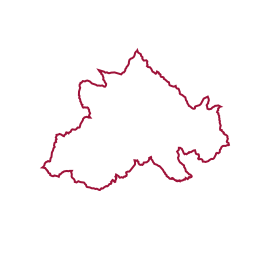 Huamanga, Ayacucho, Peru (Natural Earth projection), rotated 339°
{"feature_id": "86281439B20433553011992", "entity_name": "Huamanga", "entity_type": "district", "adm_level": 2, "iso_a3": "PER", "parent_name": "Peru", "parent_adm1": "Ayacucho", "projection": "natural_earth1", "projection_center": [-74.211, -13.262], "detail": "fine", "context": "isolated", "style": "outline", "palette": "rose", "viewbox_px": 256, "rotation_deg": 339, "n_neighbors": 0, "source": "geoboundaries", "source_scale": "gbopen_adm2", "svg_char_len": 5881}
<svg xmlns="http://www.w3.org/2000/svg" viewBox="0 0 256 256"><g transform="rotate(339 128 128)"><path d="M33.9,134.2L35.1,134.8L35.5,135.4L36.4,135.7L36.9,137.8L37.3,138.3L37.3,139.2L37.8,139.8L37.6,140.7L37.8,141.7L38.9,142.6L38.9,143.2L38.5,144.1L40.1,145.8L41.4,146.3L42.2,145.9L45.4,148.1L45.9,148.7L47.5,146.7L48.3,147.0L51.0,145.8L51.5,146.0L52.8,145.6L55.6,146.2L56.8,147.0L58.2,147.1L60.2,147.9L59.1,148.9L59.0,150.9L58.0,153.0L58.0,154.1L59.3,156.6L59.4,158.2L59.0,159.3L60.5,160.4L62.6,159.9L64.1,161.4L67.3,163.1L67.6,163.6L67.8,164.9L68.4,165.9L68.3,167.8L68.7,168.5L71.1,169.8L72.7,171.4L74.4,172.0L75.8,173.3L77.1,173.5L78.9,175.5L79.5,175.8L81.4,174.8L81.6,175.2L83.2,175.4L84.5,174.8L86.9,174.4L87.5,175.0L88.8,174.8L90.5,173.7L92.1,174.0L92.8,173.3L92.8,172.4L93.3,172.4L93.9,171.6L95.0,171.0L95.6,171.8L95.6,172.3L96.3,173.7L96.8,173.7L97.6,172.2L98.4,171.6L98.7,170.8L99.3,170.5L99.4,170.1L98.9,169.5L98.8,168.9L100.0,168.4L99.9,167.6L100.2,167.2L102.0,169.6L102.1,170.4L102.6,171.5L104.4,171.6L105.5,172.6L107.0,172.0L107.9,172.4L108.4,172.0L109.3,172.2L110.2,171.0L110.2,169.1L110.5,168.7L112.1,168.6L113.4,169.1L114.2,168.9L121.4,164.6L122.2,162.9L122.5,160.5L123.7,161.1L124.0,161.6L125.1,161.6L125.1,162.4L125.6,163.4L125.2,163.9L125.3,165.3L125.7,166.3L126.8,167.1L127.6,167.0L128.2,167.6L129.4,167.1L130.3,165.9L133.2,166.7L135.4,166.0L136.9,164.4L137.0,163.6L139.1,163.3L139.1,163.7L138.4,165.1L139.2,167.0L139.2,168.7L139.7,170.1L139.7,170.9L141.8,172.7L143.0,174.5L143.7,174.8L144.2,175.9L145.6,179.6L145.9,182.3L146.3,182.6L146.5,183.5L146.2,184.0L147.1,185.7L146.8,186.7L147.3,187.2L147.4,187.8L148.0,188.2L148.7,190.2L149.9,190.9L150.5,190.6L150.8,191.1L151.4,190.8L151.7,191.4L152.0,191.2L153.1,193.4L154.0,194.0L154.2,194.3L154.1,194.7L154.7,195.2L155.1,194.8L156.0,195.5L156.4,195.3L156.8,195.7L157.2,195.5L157.5,196.2L157.9,195.8L158.8,196.3L160.4,196.5L161.0,196.3L161.4,196.4L161.6,196.1L162.6,196.1L162.8,196.4L163.6,195.7L164.0,195.8L164.1,195.5L165.4,197.1L166.2,196.7L166.8,196.0L167.5,196.3L167.7,195.8L168.0,195.9L168.3,196.4L169.6,196.5L170.1,196.1L170.2,195.6L169.6,194.0L168.4,193.1L168.1,192.0L167.3,190.6L167.2,189.9L166.5,189.3L166.5,188.6L166.9,187.2L166.7,186.2L166.8,185.8L166.4,184.8L166.9,183.0L166.0,181.8L164.9,179.6L164.4,179.1L164.0,177.6L163.8,175.1L164.1,173.5L165.1,172.7L165.9,171.0L165.4,167.6L167.6,166.6L168.4,164.7L169.8,165.3L170.3,166.3L170.8,166.7L170.7,167.6L171.0,168.5L171.0,171.2L171.4,172.7L172.6,172.7L173.3,173.5L174.8,173.0L175.7,173.1L175.8,172.7L176.3,172.4L178.2,173.1L181.0,172.5L182.6,172.8L182.2,176.3L183.3,177.5L184.4,177.8L184.5,178.1L184.0,180.5L182.6,181.5L182.6,182.1L183.0,182.7L184.4,182.9L185.5,183.5L186.0,184.3L185.8,186.2L187.1,186.7L188.2,187.5L191.2,187.7L192.2,187.2L194.7,186.7L195.9,187.3L196.7,187.3L197.7,186.8L200.6,184.2L201.1,183.3L202.2,183.1L203.2,184.0L204.9,183.5L206.0,181.3L207.1,180.8L208.2,179.5L209.8,178.8L211.1,179.0L212.6,179.7L214.7,179.6L215.8,180.1L216.2,180.0L216.4,177.8L215.4,176.9L215.4,176.0L217.4,173.8L217.3,172.5L217.8,171.7L217.8,170.9L216.7,169.1L216.0,168.7L215.3,167.4L215.3,167.1L215.8,166.6L214.4,164.2L214.7,163.5L213.5,162.9L213.6,161.9L214.6,159.9L215.4,159.1L215.5,155.9L216.3,154.4L216.1,153.1L216.7,152.3L216.9,150.6L217.5,149.3L217.2,147.6L217.7,146.7L216.8,145.1L217.6,144.2L218.6,143.8L218.9,142.5L219.3,142.0L220.2,141.8L221.1,141.1L222.1,141.2L220.4,139.3L218.0,138.8L217.3,138.5L216.3,138.9L215.3,138.9L213.9,139.2L212.7,139.9L210.3,139.6L209.1,138.5L209.6,136.0L209.6,134.9L211.8,133.5L212.0,132.7L213.3,131.3L213.7,129.9L213.7,127.3L209.2,127.7L204.6,131.7L203.0,132.3L198.7,132.0L198.2,132.2L197.7,133.4L197.1,133.8L195.8,133.4L194.7,132.0L193.9,130.3L192.7,129.1L192.8,128.0L192.3,126.2L192.6,124.4L192.1,122.9L192.5,119.9L191.6,118.7L190.5,116.7L188.9,115.1L188.7,114.3L189.2,113.1L189.3,109.8L189.2,109.4L188.1,108.9L187.6,108.1L187.4,107.1L187.6,105.8L185.8,105.9L184.8,105.3L182.3,103.1L182.1,102.6L182.6,100.1L182.4,99.7L181.6,99.2L180.0,96.0L179.1,95.0L179.4,93.7L178.8,92.9L177.7,92.4L177.1,91.9L177.0,90.8L177.5,89.8L177.1,89.0L176.4,88.5L176.6,87.3L176.4,87.0L175.3,85.7L174.1,87.2L173.2,87.2L172.5,85.8L171.1,84.1L170.9,81.1L170.3,79.2L168.6,78.3L167.9,77.0L168.9,76.2L168.8,75.3L169.1,74.1L169.9,72.7L169.4,71.4L166.9,70.7L166.7,70.3L166.2,68.4L166.9,67.1L166.1,65.4L166.4,63.7L164.5,61.2L164.5,58.9L164.0,59.4L162.8,59.6L161.6,60.4L160.0,62.7L158.7,63.8L157.0,64.3L155.3,64.3L153.7,65.0L152.4,66.9L152.0,68.0L151.1,69.0L149.9,69.9L148.7,70.4L147.7,71.5L146.6,72.1L145.9,73.5L144.1,74.6L143.5,74.4L142.3,74.7L140.9,75.5L135.4,71.3L132.2,70.3L130.1,70.1L129.3,69.7L128.3,68.5L126.6,68.2L125.8,66.8L121.4,63.4L121.9,65.5L122.7,66.5L122.8,67.1L122.4,67.7L123.2,69.1L123.1,72.3L122.2,73.9L122.8,75.1L122.9,76.2L122.8,76.8L123.4,79.0L122.7,80.3L121.5,81.2L120.6,80.9L119.3,79.1L117.2,78.6L116.3,78.0L114.5,77.4L113.5,76.1L110.3,73.5L109.0,70.8L107.2,69.2L105.9,68.9L104.6,69.1L102.6,68.0L100.9,69.0L99.9,68.8L99.6,69.5L98.5,70.0L97.8,71.5L97.8,73.3L95.4,76.3L93.9,79.8L94.2,80.3L94.1,80.9L93.2,82.5L93.6,83.4L93.4,85.2L93.0,86.0L93.4,87.1L93.1,89.1L93.8,90.0L93.2,90.6L93.3,92.6L93.6,93.0L95.0,93.2L96.3,94.0L97.4,94.2L98.0,95.1L97.9,96.2L98.2,97.0L97.7,98.6L97.9,100.7L96.8,101.6L95.9,102.8L96.5,104.8L95.0,104.2L93.6,102.8L91.2,102.5L89.2,103.5L88.7,104.5L85.1,107.3L83.1,110.1L82.3,110.1L81.1,109.5L79.4,110.5L78.1,110.7L75.5,109.3L74.4,109.7L73.3,110.8L72.8,111.1L71.6,111.0L70.6,111.8L69.3,110.2L68.8,110.0L68.2,110.5L67.7,111.5L66.2,111.7L65.3,112.7L64.8,112.4L63.3,110.2L61.9,109.0L60.7,109.2L58.8,108.8L58.4,110.0L57.2,110.9L57.3,112.9L56.2,113.4L55.9,115.3L54.4,115.4L53.9,115.8L52.6,118.0L52.8,119.4L51.2,120.2L50.0,122.0L48.2,123.6L46.1,127.7L44.9,128.5L43.4,131.1L42.4,131.1L41.5,130.2L40.2,130.5L39.4,130.4L37.6,131.3L36.4,133.0L35.2,133.8L33.9,134.2Z" fill="none" stroke="#9f1239" stroke-width="2"/></g></svg>